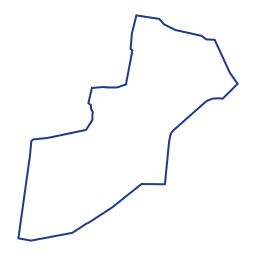 Etung, Cross River, Nigeria
{"feature_id": "59680162B25131261753844", "entity_name": "Etung", "entity_type": "district", "adm_level": 2, "iso_a3": "NGA", "parent_name": "Nigeria", "parent_adm1": "Cross River", "projection": "albers", "projection_center": [8.782, 5.851], "detail": "fine", "context": "isolated", "style": "outline", "palette": "blue", "viewbox_px": 256, "rotation_deg": 0, "n_neighbors": 0, "source": "geoboundaries", "source_scale": "gbopen_adm2", "svg_char_len": 730}
<svg xmlns="http://www.w3.org/2000/svg" viewBox="0 0 256 256"><path d="M31.3,141.2L30.1,154.6L18.4,238.3L30.9,240.6L50.8,236.9L72.4,232.8L86.2,223.8L88.5,222.8L112.3,207.3L141.5,184.0L164.9,184.3L169.1,141.7L170.3,135.7L171.3,133.0L172.7,131.0L172.9,130.8L202.9,104.2L205.3,102.1L207.5,100.6L212.6,98.6L219.4,98.3L222.6,98.7L237.6,83.9L229.8,72.7L214.7,39.8L206.4,39.4L201.4,35.8L175.3,30.0L164.1,24.4L159.3,18.9L136.4,15.4L131.9,33.4L130.6,48.9L132.4,50.4L126.4,82.1L126.2,84.4L125.2,84.6L118.3,87.1L116.0,87.5L106.7,87.4L103.4,87.0L92.9,87.9L91.9,87.8L88.4,103.2L90.8,105.0L91.0,108.7L92.8,112.2L92.4,114.5L92.4,120.0L86.0,129.9L50.8,137.3L46.2,138.1L33.2,139.4L31.3,141.2Z" fill="none" stroke="#1e3a8a" stroke-width="2"/></svg>